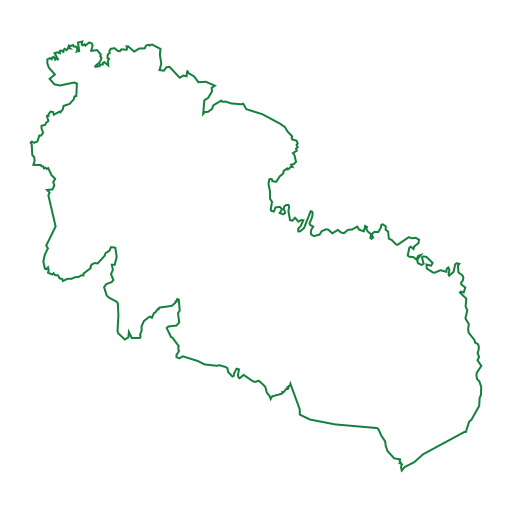 Tzicatlacoyan, Puebla, Mexico
{"feature_id": "50627088B32721400005262", "entity_name": "Tzicatlacoyan", "entity_type": "district", "adm_level": 2, "iso_a3": "MEX", "parent_name": "Mexico", "parent_adm1": "Puebla", "projection": "natural_earth1", "projection_center": [-98.086, 18.816], "detail": "fine", "context": "isolated", "style": "outline", "palette": "green", "viewbox_px": 512, "rotation_deg": 0, "n_neighbors": 0, "source": "geoboundaries", "source_scale": "gbopen_adm2", "svg_char_len": 5882}
<svg xmlns="http://www.w3.org/2000/svg" viewBox="0 0 512 512"><path d="M149.1,44.8L146.1,45.5L144.7,48.4L139.2,48.5L134.2,51.6L128.0,46.3L126.6,46.4L127.2,47.4L126.6,49.8L121.4,49.3L120.0,51.1L118.1,51.1L114.5,48.2L110.7,48.8L109.5,50.8L109.7,53.1L108.3,53.8L107.5,55.9L107.6,58.3L109.0,58.8L107.8,61.5L108.2,65.4L104.2,62.1L102.8,63.0L102.8,64.5L99.9,64.6L99.7,66.1L96.3,66.7L96.0,65.8L94.8,67.4L95.7,65.8L95.0,66.2L99.3,62.7L100.7,60.2L101.5,57.8L100.2,56.3L100.8,54.4L97.0,50.1L91.3,50.9L90.9,51.7L92.6,45.5L91.8,43.4L89.1,42.5L85.4,45.6L84.6,44.3L82.8,45.4L81.7,44.6L82.3,41.5L78.0,42.6L79.3,52.0L78.3,50.4L76.8,51.3L77.6,49.0L75.9,46.5L73.7,46.5L73.0,45.0L70.4,46.1L68.8,45.5L68.5,47.0L70.1,48.4L67.9,48.2L66.6,50.2L64.5,48.8L63.3,50.7L63.7,52.6L62.2,50.8L60.4,50.6L59.6,51.2L60.0,53.2L57.2,52.4L54.6,53.1L58.4,60.1L56.0,57.9L55.1,59.5L53.7,56.8L51.8,57.9L51.6,59.2L49.8,58.2L47.4,59.3L47.3,63.2L48.9,67.7L54.9,74.5L49.6,78.8L54.3,84.3L59.8,85.5L74.2,82.5L76.9,83.5L76.3,96.1L74.5,96.4L73.7,99.4L69.6,103.9L63.6,105.9L62.9,109.2L60.3,112.4L59.5,111.6L53.8,114.7L53.0,112.0L50.6,111.6L48.4,114.4L48.6,115.8L47.0,116.0L48.3,121.1L46.1,122.7L45.1,124.9L41.5,125.8L41.5,128.4L43.1,132.9L41.1,135.6L39.3,135.5L37.4,141.5L34.1,142.8L31.8,141.6L30.7,142.6L31.7,144.5L32.3,155.2L34.0,156.9L34.7,160.3L33.4,164.9L40.6,165.0L41.6,166.3L43.3,166.4L44.0,168.4L45.5,167.8L46.9,168.9L48.2,168.1L51.6,175.3L55.2,178.8L53.2,182.1L54.3,185.4L52.5,189.4L47.1,190.0L49.6,192.6L48.4,195.3L55.6,226.5L46.2,245.6L47.9,248.3L44.8,254.7L43.3,261.3L44.9,268.7L46.2,269.3L48.0,267.4L48.7,270.3L48.0,272.7L52.2,274.5L53.6,273.2L55.1,275.2L58.0,275.3L59.6,278.4L62.0,278.9L62.9,281.0L67.5,278.8L71.5,278.8L74.8,277.3L78.9,276.9L81.0,275.4L83.5,275.4L83.5,273.6L90.8,268.0L90.5,266.7L91.7,264.5L94.6,263.1L97.7,263.4L104.6,255.8L105.6,253.1L109.3,250.8L111.1,247.1L115.3,247.7L116.7,256.9L114.7,264.8L111.8,264.7L112.9,269.8L111.0,274.2L113.4,280.0L111.6,282.1L106.2,284.1L104.1,287.2L106.7,295.5L109.2,297.8L116.7,301.7L117.8,303.3L118.4,315.4L117.5,331.1L118.3,333.4L124.8,339.5L128.4,337.3L128.9,332.0L131.8,338.1L140.0,337.9L140.6,336.2L140.1,334.8L141.7,330.4L141.5,326.4L143.9,321.0L148.8,317.2L150.2,316.7L151.9,317.8L153.9,313.1L155.4,312.4L157.7,309.1L158.6,309.3L159.3,307.6L171.7,305.9L175.1,303.1L175.6,301.4L176.6,301.6L177.2,299.1L177.9,299.2L178.8,299.7L179.7,310.6L178.0,313.3L179.2,322.4L176.3,325.6L168.3,326.5L166.7,328.0L171.0,337.1L172.4,337.6L178.7,346.1L178.2,347.9L178.9,351.2L176.4,355.1L176.5,357.1L179.4,358.3L182.8,356.3L198.0,361.1L204.5,364.4L216.9,365.8L219.3,365.2L225.6,367.0L227.4,368.2L228.2,372.1L232.4,376.5L233.7,375.9L234.2,373.1L236.6,368.7L239.0,369.4L237.9,375.4L238.8,377.8L239.6,378.3L243.6,374.9L252.9,381.3L255.7,381.9L258.3,380.7L260.0,381.7L265.2,386.7L266.8,392.6L269.7,396.2L270.6,399.0L272.3,396.3L281.9,393.7L282.2,392.0L283.5,392.3L286.0,389.1L287.4,389.0L287.4,387.5L288.4,388.0L288.6,386.1L289.9,385.6L290.4,383.8L299.7,409.2L299.8,414.6L309.8,419.5L335.1,424.4L377.2,428.1L378.7,429.6L381.1,435.3L385.2,441.5L385.7,446.0L387.6,451.1L394.2,458.4L400.0,459.3L399.6,461.0L400.6,462.2L399.7,463.2L402.0,464.3L401.0,467.0L401.7,470.5L404.6,467.1L414.3,462.1L423.2,454.2L464.3,432.0L465.8,432.0L469.1,421.8L471.5,419.6L479.2,405.9L479.6,398.1L481.0,394.7L481.2,386.9L479.4,381.5L477.1,379.0L476.4,375.2L476.8,372.7L481.3,365.9L477.5,360.3L479.1,356.9L477.6,353.5L478.9,348.2L478.6,345.6L477.7,344.0L474.9,342.4L474.6,340.3L468.7,332.7L468.1,329.5L468.8,324.1L465.4,318.4L467.3,310.3L465.6,306.4L466.3,298.6L459.9,292.6L460.8,291.6L463.7,292.5L465.3,287.6L461.2,284.3L461.1,282.7L462.7,280.7L463.4,277.8L462.4,275.3L458.5,272.5L457.9,265.7L459.3,263.9L456.7,263.2L455.2,264.4L453.6,271.8L449.2,275.7L448.6,274.6L449.4,269.8L448.3,267.5L446.7,268.8L446.4,271.8L440.4,270.2L434.5,272.8L433.0,272.5L426.8,268.6L426.5,264.5L431.1,265.7L432.6,262.9L426.4,256.9L423.3,256.4L422.0,257.4L423.6,263.7L421.8,265.0L418.0,263.2L417.4,261.4L417.7,258.9L420.8,255.0L418.4,255.8L416.2,259.4L413.3,257.1L409.2,256.7L407.7,255.5L409.3,247.8L410.8,246.7L413.5,249.0L414.1,246.6L418.4,243.2L419.1,239.7L415.6,237.8L411.9,238.3L408.7,237.2L397.7,244.7L396.3,244.6L391.7,240.0L388.8,238.6L388.1,231.6L385.6,229.7L385.8,226.3L382.6,224.3L381.2,225.1L380.8,227.8L378.2,232.1L374.4,231.9L372.5,233.4L371.8,235.2L373.1,237.4L371.7,238.8L370.4,238.2L371.0,234.2L367.6,231.4L366.3,228.7L367.0,227.0L365.2,225.9L363.8,231.3L359.1,229.7L357.2,226.6L352.3,229.4L347.9,229.9L343.9,233.2L341.1,232.5L337.8,229.9L332.3,233.3L328.2,229.6L326.1,229.3L321.8,231.1L319.6,234.6L313.8,236.1L311.1,234.4L310.8,232.6L311.2,229.9L313.2,226.6L310.3,225.0L309.5,223.5L312.1,217.1L312.7,213.4L312.1,211.7L310.7,211.2L304.0,228.1L300.0,231.4L298.3,231.4L298.2,228.7L300.8,225.9L303.3,220.3L301.5,220.0L298.4,221.6L295.0,217.8L292.4,220.7L290.0,220.1L288.4,211.1L289.2,206.5L288.4,204.9L286.0,205.1L284.1,206.7L283.7,208.5L285.2,212.9L283.3,214.3L279.7,213.0L282.1,209.3L279.8,206.9L275.5,207.4L273.9,211.5L271.4,210.9L270.7,209.8L272.0,201.8L270.1,198.9L270.0,191.7L268.5,183.8L269.3,179.4L270.2,178.9L271.9,179.3L272.4,181.2L276.3,181.8L279.6,176.5L283.3,173.4L283.7,170.8L287.1,168.5L287.4,169.4L288.6,169.1L291.0,166.6L292.5,166.9L291.1,164.7L294.0,164.0L296.0,161.9L294.4,154.9L292.9,153.1L296.8,150.7L296.0,148.6L297.7,147.2L296.6,144.9L297.7,143.5L296.6,140.7L292.1,139.4L291.6,137.6L292.2,136.4L287.5,131.5L284.9,127.1L280.4,123.9L262.3,114.2L246.3,109.2L243.2,103.7L241.3,104.3L231.1,103.4L225.6,101.6L222.3,101.8L221.2,100.6L213.4,105.3L211.9,109.0L208.1,111.8L204.8,112.1L203.2,113.9L204.3,100.4L208.2,97.8L212.0,91.4L211.7,87.8L214.8,85.7L205.9,81.8L198.3,82.2L194.2,76.5L188.3,73.0L187.4,70.5L186.5,76.3L183.6,75.5L179.7,77.7L169.5,66.8L166.5,67.3L163.9,70.7L159.5,70.1L161.3,63.9L159.9,54.8L160.5,48.9L152.0,44.5L149.6,45.5L149.1,44.8Z" fill="none" stroke="#15803d" stroke-width="2"/></svg>